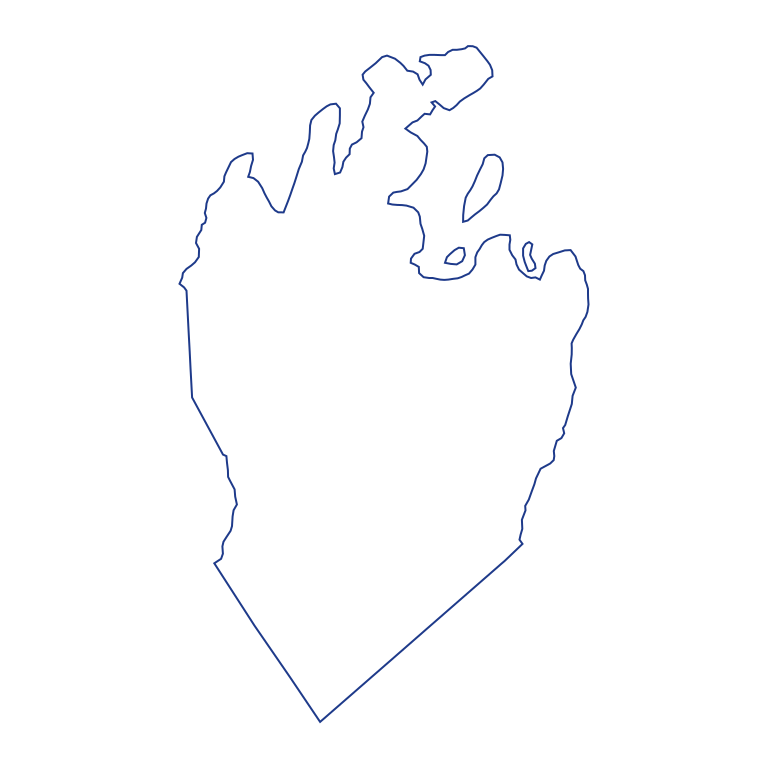 Augusto Corrêa, Pará, Brazil (Natural Earth projection)
{"feature_id": "56859067B74393443468335", "entity_name": "Augusto Corrêa", "entity_type": "district", "adm_level": 2, "iso_a3": "BRA", "parent_name": "Brazil", "parent_adm1": "Pará", "projection": "natural_earth1", "projection_center": [-46.475, -1.101], "detail": "fine", "context": "isolated", "style": "outline", "palette": "blue", "viewbox_px": 768, "rotation_deg": 0, "n_neighbors": 0, "source": "geoboundaries", "source_scale": "gbopen_adm2", "svg_char_len": 4638}
<svg xmlns="http://www.w3.org/2000/svg" viewBox="0 0 768 768"><path d="M585.0,275.3L583.4,271.1L580.2,268.7L578.3,265.1L576.9,260.9L575.5,256.5L570.6,250.1L564.8,250.4L558.5,252.4L553.2,254.0L549.4,256.5L546.3,260.8L544.7,265.5L544.0,270.7L541.6,275.7L539.9,279.6L535.5,277.4L531.1,278.0L526.8,276.4L523.3,273.4L519.0,269.6L516.5,264.4L515.5,259.5L512.2,255.2L509.5,249.8L509.5,244.5L510.3,239.8L509.8,235.3L504.6,234.9L500.1,234.7L496.4,236.0L491.8,237.8L487.7,239.6L484.2,242.1L481.8,245.2L479.7,248.9L477.2,252.4L475.4,257.2L475.4,264.6L472.5,269.5L469.0,273.6L464.9,275.4L461.6,277.0L457.7,278.3L453.4,278.8L448.3,279.6L444.3,279.9L440.3,279.6L436.3,278.8L432.7,278.0L429.1,278.0L423.6,277.2L419.1,273.1L418.8,266.9L414.7,264.5L410.7,262.8L411.0,258.6L414.5,253.8L419.5,252.0L422.7,248.8L424.2,235.8L422.3,229.0L420.5,223.8L419.8,216.6L418.2,212.3L413.5,207.7L406.5,205.6L402.2,205.1L396.9,204.9L392.3,204.5L388.1,203.5L389.1,196.6L393.3,192.6L396.9,191.9L400.9,191.4L407.5,189.1L416.6,179.9L420.9,174.1L423.6,169.4L425.6,163.4L427.3,151.6L426.8,146.8L424.0,143.4L420.5,139.8L417.4,136.0L410.7,132.4L405.4,128.6L412.5,122.4L417.4,120.5L421.7,116.4L424.6,113.8L430.1,114.4L432.6,110.1L435.1,106.5L431.6,102.4L435.3,101.1L439.3,104.3L443.7,108.1L449.5,110.2L453.2,108.0L456.6,105.1L459.8,101.6L464.2,98.4L469.8,95.0L473.0,93.2L476.8,90.9L480.2,88.5L483.7,84.6L488.3,78.8L492.5,76.4L492.2,70.2L490.0,64.8L487.5,61.3L483.4,56.1L479.5,51.3L476.6,47.7L472.7,46.2L468.0,46.1L465.1,48.4L461.6,49.2L456.9,49.8L452.6,49.8L448.1,52.0L445.0,55.1L440.4,55.1L435.1,54.9L429.3,54.9L424.6,55.6L420.5,57.1L419.8,61.3L424.9,63.2L428.5,65.7L430.6,70.0L430.8,74.8L425.5,79.4L422.7,84.6L419.5,79.7L417.6,74.3L413.1,71.6L407.3,70.7L403.5,65.9L400.3,62.8L395.0,58.7L387.0,55.6L382.1,57.1L375.7,63.2L370.2,67.6L365.2,71.5L362.6,74.7L363.4,79.7L366.4,83.3L369.3,87.2L373.7,92.8L370.5,97.3L369.9,103.8L367.9,109.4L364.8,115.8L362.3,121.6L363.5,127.2L362.0,131.7L361.5,138.2L356.6,142.3L351.9,144.6L349.8,148.6L349.6,154.2L346.1,157.6L343.4,161.7L342.4,167.1L340.1,172.5L334.9,174.1L333.7,168.4L334.6,162.6L334.0,157.2L333.1,151.1L333.7,145.0L335.3,140.3L336.2,133.9L337.8,129.5L339.7,123.4L339.9,115.2L339.9,108.3L336.0,103.7L330.4,104.4L326.7,106.3L323.0,109.0L318.6,112.5L314.9,115.7L311.4,120.0L310.1,125.4L309.8,132.4L309.3,138.9L308.3,143.2L307.0,148.0L305.2,151.8L303.1,155.4L301.9,161.7L298.8,169.1L296.0,178.1L294.4,183.1L292.5,188.5L290.2,195.2L288.1,200.9L283.6,212.4L278.2,212.3L275.0,210.4L271.4,206.3L269.0,201.5L266.7,197.5L264.5,193.3L262.2,188.1L258.1,181.7L253.5,178.1L248.2,176.8L249.9,172.0L251.1,166.0L253.0,159.8L252.5,153.5L247.2,153.2L242.2,155.1L238.4,156.7L234.5,159.0L231.0,162.1L228.7,166.9L226.0,172.5L224.4,176.3L223.9,181.7L220.3,187.4L217.0,191.0L213.9,193.4L210.4,195.3L208.1,198.6L206.5,203.5L206.0,208.5L204.8,213.0L206.4,217.9L205.1,222.7L201.8,224.8L201.3,230.0L196.9,236.9L196.0,243.0L199.1,248.8L198.8,257.0L195.0,262.3L191.3,265.5L186.5,268.9L182.9,273.1L182.2,277.7L179.5,283.8L184.1,287.4L186.5,290.7L188.8,335.1L189.7,351.6L190.5,367.8L192.1,397.5L223.0,454.6L226.4,456.1L227.0,462.8L227.9,470.1L228.1,476.9L230.1,480.9L234.6,489.4L235.2,496.7L236.9,504.5L233.6,510.2L232.6,516.4L232.0,526.2L230.6,530.8L226.5,537.0L223.5,541.7L222.4,546.4L222.9,553.7L221.1,558.8L214.3,563.3L254.4,625.5L289.8,676.9L320.1,721.9L398.1,653.9L425.9,629.6L493.3,570.8L501.3,563.8L504.6,561.0L522.5,543.9L519.5,539.7L520.6,534.7L522.3,528.9L521.9,519.8L525.5,510.4L525.2,505.9L528.8,499.6L531.7,491.5L534.4,484.2L536.0,478.4L540.6,468.7L550.2,463.5L553.7,460.1L554.3,456.1L553.8,451.0L556.8,440.8L561.4,438.1L564.2,433.3L563.0,428.1L565.2,425.0L567.7,416.6L571.8,404.0L572.6,395.8L575.8,387.6L571.2,374.1L570.7,363.7L571.7,354.5L571.8,348.0L571.6,343.4L573.2,339.7L576.3,334.2L579.4,329.1L581.8,324.3L583.3,320.3L585.6,316.9L587.4,311.9L588.5,304.5L588.1,298.6L588.0,293.5L588.0,288.9L586.8,284.6L585.2,280.3L585.0,275.3ZM467.8,220.5L471.5,217.3L475.0,214.4L479.3,211.2L483.4,207.8L487.1,204.5L490.8,199.5L493.4,196.3L496.6,193.4L499.0,189.4L500.6,183.4L502.5,175.5L503.1,168.9L502.5,162.4L499.7,157.4L494.7,154.7L487.8,155.1L484.3,158.3L482.7,164.2L480.1,169.3L477.1,175.5L474.9,181.1L472.5,186.4L470.2,190.3L467.8,193.7L465.7,197.7L464.1,206.0L463.2,215.0L463.1,221.8L467.8,220.5ZM462.2,261.2L464.9,255.2L463.8,248.2L458.8,247.7L454.6,250.1L450.0,254.1L446.9,257.2L445.0,262.8L450.7,263.9L456.7,264.4L462.2,261.2ZM531.9,270.7L535.5,268.1L534.9,263.7L531.7,258.6L530.1,254.9L532.3,244.4L529.1,242.1L525.8,243.9L523.1,248.4L523.1,255.7L524.7,261.9L526.7,267.1L528.3,271.1L531.9,270.7Z" fill="none" stroke="#1e3a8a" stroke-width="2"/></svg>